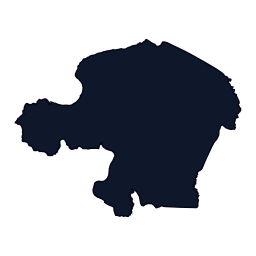 Kinshasa, Kinshasa City, Democratic Republic of the Congo
{"feature_id": "63176286B79360907689545", "entity_name": "Kinshasa", "entity_type": "district", "adm_level": 2, "iso_a3": "COD", "parent_name": "Democratic Republic of the Congo", "parent_adm1": "Kinshasa City", "projection": "mercator", "projection_center": [15.673, -4.477], "detail": "fine", "context": "isolated", "style": "filled", "palette": "ink", "viewbox_px": 256, "rotation_deg": 0, "n_neighbors": 0, "source": "geoboundaries", "source_scale": "gbopen_adm2", "svg_char_len": 5787}
<svg xmlns="http://www.w3.org/2000/svg" viewBox="0 0 256 256"><path d="M232.8,87.1L230.7,86.5L229.6,84.0L228.4,82.8L228.2,82.0L228.5,81.2L229.2,80.7L230.2,80.9L230.8,80.1L230.9,79.7L230.5,79.2L228.0,78.9L227.5,77.4L226.1,76.5L225.0,76.5L224.2,75.8L223.7,74.6L221.6,72.8L216.4,69.2L205.4,62.7L192.1,55.2L184.9,51.4L167.3,42.9L164.1,42.0L162.8,42.1L160.7,45.4L159.2,46.2L156.8,46.6L156.7,46.3L155.6,46.1L155.6,45.6L155.0,45.4L155.0,44.5L154.6,44.2L153.7,44.2L152.8,43.5L152.2,43.5L151.9,43.0L150.7,42.5L149.4,41.3L148.4,41.1L147.7,40.3L146.3,39.6L145.3,40.4L145.4,40.8L144.5,41.8L143.5,41.9L142.8,43.1L142.3,43.2L142.1,43.7L141.5,43.9L140.8,43.1L139.4,43.0L138.8,44.0L137.8,44.1L136.9,45.2L136.5,45.2L135.6,45.7L135.0,45.3L134.2,45.8L132.5,45.9L129.9,47.2L128.5,47.5L125.2,49.3L122.4,49.2L121.3,48.8L117.5,49.7L115.0,50.1L113.3,49.8L109.9,50.7L106.8,51.1L104.3,51.9L103.3,51.9L102.0,52.7L98.1,53.4L94.3,55.2L92.5,55.4L90.1,56.1L89.1,57.0L87.6,57.5L86.7,58.3L85.3,58.9L83.9,59.0L83.2,59.7L82.2,61.5L80.2,62.9L79.4,65.1L78.0,66.2L78.2,68.8L76.8,70.9L75.5,74.1L75.5,75.4L76.1,76.7L76.8,77.6L78.9,79.1L79.9,80.5L80.9,81.4L82.4,83.8L83.2,87.4L83.0,90.2L82.3,93.2L81.7,94.4L80.5,95.5L80.5,96.5L79.9,98.0L78.8,99.6L76.5,102.1L71.3,105.3L69.0,105.6L66.4,105.3L62.4,105.5L58.3,104.6L55.2,103.3L54.5,103.4L51.3,102.1L51.1,102.1L51.6,102.7L51.5,103.3L50.8,103.6L50.6,104.1L50.2,104.1L50.4,103.9L50.1,103.5L49.6,103.3L49.7,103.1L49.3,103.4L49.4,102.8L48.3,102.0L47.6,100.5L45.9,99.1L44.6,99.0L41.2,100.2L40.4,100.1L39.7,99.5L39.2,99.7L37.2,101.9L37.1,103.4L35.8,104.0L36.3,104.1L36.0,104.3L33.8,103.4L32.5,103.8L31.4,104.9L29.6,104.5L28.6,104.8L27.7,103.7L26.5,103.7L25.3,104.9L25.0,106.0L24.5,106.7L24.1,110.4L23.1,110.5L23.0,110.9L23.1,113.3L23.8,114.1L23.3,114.1L22.6,114.7L22.5,115.2L21.8,115.4L20.9,116.1L20.4,116.7L20.7,117.5L20.3,117.1L19.9,117.2L19.8,117.8L18.2,118.4L17.7,119.1L17.7,119.7L16.9,120.5L16.9,121.3L16.1,121.6L16.3,122.1L15.6,122.2L15.4,122.7L16.6,123.1L17.2,123.0L17.6,123.8L18.1,124.1L19.0,124.2L19.5,123.9L19.6,124.3L20.8,124.9L22.2,127.4L22.8,129.9L22.8,131.2L22.5,132.3L23.1,133.6L22.3,136.1L22.2,137.5L22.9,138.3L22.5,139.2L22.4,140.8L22.6,141.3L25.9,141.7L27.8,142.5L28.9,145.1L29.3,145.5L31.5,146.2L32.2,146.7L34.0,150.4L35.2,150.5L37.6,150.3L38.4,150.4L39.4,151.4L41.4,151.3L45.1,151.8L45.8,152.6L47.0,153.2L47.6,154.3L47.4,154.7L48.3,155.4L52.0,155.4L52.0,154.8L52.3,154.7L52.2,155.0L52.7,154.9L53.7,153.9L55.3,153.9L55.2,153.3L57.2,151.9L57.6,150.0L58.2,149.5L58.3,148.7L59.3,148.0L59.7,146.6L59.5,146.2L60.0,146.0L59.7,145.2L60.0,144.9L59.5,144.3L59.8,143.6L59.4,142.5L59.8,142.1L59.3,141.4L60.0,140.5L59.8,140.2L62.4,138.9L63.5,139.1L64.6,138.9L65.0,139.2L65.1,140.5L66.8,142.9L66.6,143.7L67.0,144.8L68.8,145.7L69.2,146.4L69.1,146.8L69.5,147.9L71.1,149.1L72.6,149.2L75.4,148.2L76.4,148.5L77.3,148.0L77.6,147.0L78.9,145.9L81.7,147.2L83.0,148.5L86.3,148.5L88.1,148.9L90.3,148.3L96.5,148.2L98.5,148.5L99.4,145.4L99.3,145.1L99.9,144.5L99.6,144.1L100.0,143.7L100.9,144.1L101.1,143.3L101.8,142.8L101.8,143.5L102.2,143.3L102.4,145.4L103.5,147.0L106.7,149.2L112.2,150.9L114.0,152.7L115.2,155.5L113.0,160.7L111.2,163.4L110.2,165.7L109.5,168.4L109.0,174.2L108.5,176.2L106.8,179.1L104.4,181.2L101.8,181.7L98.6,181.3L96.7,181.8L94.9,183.1L93.1,190.0L93.5,192.7L94.8,195.0L97.2,196.8L102.0,198.8L104.6,200.6L104.8,201.3L104.6,202.2L106.8,203.7L109.9,205.3L112.5,206.2L114.0,207.4L114.1,210.4L115.7,215.2L117.4,215.3L119.7,216.1L121.9,215.4L123.8,216.3L125.6,215.6L126.4,216.2L128.0,216.4L128.5,216.1L128.7,215.1L129.7,215.0L129.8,214.6L130.2,214.6L130.1,214.2L129.9,214.4L129.8,213.9L130.7,213.3L131.1,212.3L131.3,212.5L131.2,211.8L131.6,211.8L131.5,211.1L131.0,210.4L132.2,208.5L131.9,207.7L132.4,207.1L132.0,207.0L132.3,206.7L132.1,206.6L132.5,206.2L132.6,205.4L133.1,205.4L133.5,204.7L133.6,203.9L132.0,202.3L132.2,202.1L131.8,200.9L131.4,200.8L131.7,200.4L131.5,200.2L131.8,200.2L131.7,199.9L131.9,200.1L131.9,199.3L132.2,199.2L131.7,198.1L130.4,197.4L130.0,196.6L130.3,196.5L130.0,196.2L130.2,195.5L129.8,194.9L130.1,194.5L129.8,194.5L130.3,193.9L130.2,193.4L130.7,193.3L130.8,192.9L131.4,192.9L131.6,192.6L132.3,192.8L132.3,192.6L132.8,192.7L133.7,191.9L133.4,191.0L132.5,190.3L132.3,189.6L135.8,190.8L137.2,192.4L138.8,195.1L139.7,197.2L140.7,203.2L141.8,205.4L143.6,205.7L144.7,204.6L148.0,203.4L149.5,203.5L152.0,203.7L153.9,205.1L156.2,207.7L159.6,206.7L161.4,205.6L163.9,206.4L179.6,207.1L196.4,207.5L196.9,207.2L197.0,206.7L197.3,206.7L197.4,206.1L197.9,205.7L197.5,204.6L197.8,204.0L197.5,203.1L197.9,202.6L197.7,202.4L198.3,200.7L198.2,199.8L197.8,199.6L197.7,198.7L197.4,198.5L197.4,197.4L197.8,197.3L197.9,196.2L198.2,196.2L198.4,195.8L198.1,195.6L198.4,195.5L197.9,195.1L197.9,194.7L198.1,194.7L197.7,194.5L198.0,193.7L197.9,193.0L196.5,190.9L196.7,189.6L195.8,189.1L195.0,189.1L194.5,188.6L193.7,188.7L194.2,186.6L193.7,185.7L194.2,185.5L193.9,185.1L194.2,184.3L195.6,183.9L195.6,183.1L195.1,182.7L195.7,181.9L195.7,181.4L195.3,181.3L195.6,180.7L195.1,180.9L195.5,179.7L195.3,178.7L195.7,177.8L196.8,176.6L196.2,175.5L197.2,174.8L197.0,174.1L197.3,174.1L197.1,173.7L197.6,172.2L197.3,171.7L200.7,169.9L201.9,168.5L205.3,160.3L211.1,147.8L213.8,142.6L216.7,139.0L218.6,135.2L218.9,130.0L219.7,128.8L220.4,126.1L221.9,124.9L222.5,124.8L226.1,127.8L229.7,129.1L231.5,129.3L232.0,129.0L234.5,129.1L235.2,127.5L234.9,126.5L235.1,124.6L234.1,122.7L234.9,121.2L235.1,119.1L236.3,117.6L237.2,117.6L237.9,117.2L237.8,116.6L236.8,114.7L236.9,114.2L237.2,113.8L238.2,113.5L238.7,112.5L239.8,111.6L240.5,110.3L240.6,108.7L239.8,107.7L238.1,104.9L238.1,104.3L239.1,103.0L238.8,101.1L236.4,96.1L236.2,94.6L234.5,93.8L233.8,93.0L233.8,91.6L234.4,90.2L234.3,89.8L233.6,89.5L232.9,89.7L231.9,88.8L231.9,88.3L232.8,87.1Z" fill="#0f172a" stroke="#020617" stroke-width="1.5"/></svg>